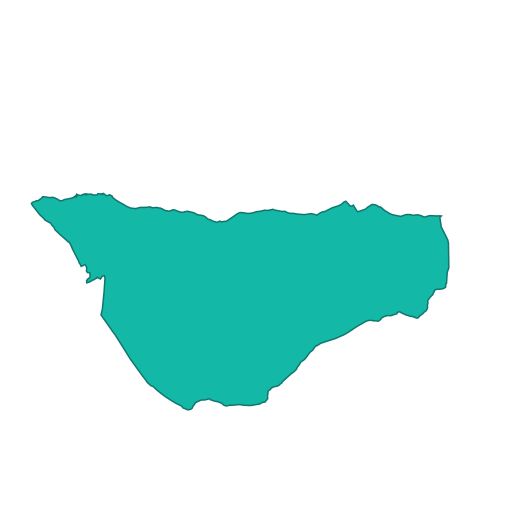 Vlahita, Harghita, Romania (orthographic projection), rotated 67°
{"feature_id": "2599482B50254025578700", "entity_name": "Vlahita", "entity_type": "district", "adm_level": 2, "iso_a3": "ROU", "parent_name": "Romania", "parent_adm1": "Harghita", "projection": "orthographic", "projection_center": [25.586, 46.382], "detail": "fine", "context": "isolated", "style": "filled", "palette": "teal", "viewbox_px": 512, "rotation_deg": 67, "n_neighbors": 0, "source": "geoboundaries", "source_scale": "gbopen_adm2", "svg_char_len": 6129}
<svg xmlns="http://www.w3.org/2000/svg" viewBox="0 0 512 512"><g transform="rotate(67 256 256)"><path d="M371.0,378.9L371.5,377.0L371.5,376.1L371.5,375.7L371.1,374.1L370.5,373.5L370.0,373.0L369.5,372.5L368.8,370.9L368.6,370.7L368.4,370.6L368.2,370.2L367.8,369.9L367.6,369.3L367.4,368.3L367.2,367.0L367.2,366.2L367.2,365.9L367.2,364.3L367.2,363.5L367.2,363.0L367.2,362.6L367.3,362.3L367.8,361.3L367.9,360.7L368.0,360.5L368.2,360.0L368.4,359.7L368.5,359.4L368.6,358.6L368.9,357.3L369.1,355.7L369.2,354.9L369.4,354.5L369.5,354.4L369.8,354.2L370.2,354.1L370.5,354.1L370.7,353.9L371.4,353.0L372.4,352.0L373.9,350.1L374.3,349.5L375.4,347.9L377.2,346.1L378.1,345.0L380.1,344.3L381.0,343.6L381.3,343.2L382.1,342.5L382.5,341.6L382.7,340.7L382.8,340.0L383.3,338.2L384.3,335.5L384.6,334.7L385.3,332.3L386.1,329.9L386.5,328.9L388.5,325.7L391.3,320.0L391.5,319.4L392.3,316.5L393.0,312.9L393.7,310.4L393.5,309.5L393.4,308.1L393.3,307.3L393.9,305.4L393.9,304.4L393.3,303.5L391.9,301.0L389.4,300.1L386.4,298.3L385.3,297.8L384.9,297.1L384.7,295.9L384.3,294.6L383.8,293.9L383.6,293.3L383.4,292.1L383.4,290.8L383.6,289.4L383.9,288.3L384.1,287.4L384.1,286.4L383.8,284.8L383.4,284.1L383.3,283.3L382.8,281.7L382.1,280.7L381.6,279.8L381.5,279.1L380.8,277.4L379.2,272.8L378.7,271.2L378.2,269.8L377.5,266.6L377.0,265.3L376.5,263.9L375.7,262.5L374.7,261.8L373.8,260.0L373.6,259.6L372.6,258.2L372.1,257.4L371.5,256.9L371.1,256.3L371.0,255.2L370.8,254.7L370.6,253.6L370.4,252.6L370.0,251.5L369.6,250.4L369.3,250.0L368.6,248.9L368.4,248.3L368.0,247.8L366.8,245.9L365.8,244.0L365.5,243.1L365.4,242.7L364.9,240.8L362.0,236.1L362.4,235.6L362.4,235.2L362.2,235.0L362.3,234.6L362.1,234.1L362.2,233.5L361.5,229.9L361.8,229.5L361.8,228.3L361.9,227.8L362.0,225.7L362.1,224.8L363.0,215.1L362.9,210.6L362.9,206.1L362.2,200.4L361.1,194.9L360.2,189.9L359.1,180.4L359.3,177.6L360.0,175.5L361.8,172.7L362.3,171.4L363.8,168.8L363.7,167.8L363.5,167.3L363.3,166.6L363.0,166.0L362.2,164.6L362.1,164.4L362.1,164.0L362.0,163.7L362.0,163.0L361.8,162.3L361.8,161.4L362.0,160.6L362.0,159.8L362.1,159.5L362.0,159.0L362.5,157.6L363.6,155.3L363.8,153.7L363.7,153.3L364.2,149.3L364.1,148.7L363.4,148.2L363.2,147.7L363.2,146.8L363.4,146.0L363.6,145.4L365.6,144.0L365.9,143.6L366.6,143.3L367.2,142.2L367.5,142.1L368.4,141.5L368.7,141.1L368.8,140.9L369.7,140.0L370.2,139.1L371.2,138.3L371.2,138.2L371.8,137.4L372.0,137.1L372.2,136.5L372.4,136.3L372.9,135.8L372.9,135.4L373.6,134.8L373.8,134.5L374.0,134.4L374.4,134.0L374.8,133.3L375.1,133.1L375.5,133.0L376.2,131.7L376.3,131.2L376.1,130.3L375.6,130.0L375.5,129.5L375.0,128.8L375.0,127.7L374.3,125.3L374.3,125.0L373.4,123.3L373.4,123.0L373.2,121.9L372.8,120.7L372.4,120.1L371.2,118.7L370.1,118.1L367.8,117.2L366.8,116.2L364.9,115.7L364.2,115.3L363.8,114.7L363.4,114.0L362.8,113.5L362.6,112.9L362.3,112.2L361.9,111.6L361.6,111.0L361.5,110.5L361.0,109.5L360.8,108.6L360.2,107.9L359.7,107.7L359.2,106.8L358.6,106.2L357.4,104.9L357.2,103.7L357.2,103.1L357.4,102.5L357.5,101.5L358.2,100.7L358.6,98.8L358.6,98.5L358.8,98.1L359.0,97.7L359.1,96.7L359.2,96.4L359.1,95.1L358.8,93.7L358.1,93.2L356.8,92.8L355.4,91.4L355.4,91.2L345.8,86.4L342.2,83.1L319.3,73.8L316.0,73.2L301.7,74.1L292.3,71.7L291.6,69.8L290.9,71.0L289.6,74.4L287.0,79.6L286.6,81.1L285.9,86.1L284.0,87.6L281.5,90.6L280.6,92.8L280.2,95.1L278.0,98.1L276.8,100.8L276.4,103.0L276.1,107.3L271.6,113.9L269.5,116.1L264.4,119.8L259.7,122.1L258.5,124.0L257.3,124.5L255.6,126.1L254.5,127.8L253.8,129.4L254.3,131.1L254.7,134.0L255.7,137.2L255.1,144.5L254.5,145.4L249.2,146.3L247.3,146.4L247.4,148.5L247.1,149.6L240.7,151.9L240.6,153.6L242.0,158.1L241.9,161.8L241.4,167.0L241.6,169.9L241.7,172.0L242.0,174.7L241.4,177.3L241.4,179.7L241.6,181.5L242.3,183.6L238.6,188.5L236.8,195.3L233.5,201.7L231.6,204.5L229.7,208.5L228.4,210.2L226.6,211.4L225.8,212.8L225.1,214.8L223.7,216.8L221.0,220.9L219.6,222.2L218.9,226.4L218.3,228.2L217.2,230.0L216.6,234.1L215.4,238.2L215.0,242.3L214.3,245.2L212.7,248.7L211.4,250.4L209.7,253.8L209.8,256.7L210.7,260.7L212.5,269.9L212.2,270.2L211.2,273.8L210.9,274.8L209.7,275.7L209.8,278.6L206.9,282.3L204.7,283.9L203.0,286.2L201.4,286.6L199.0,288.1L197.4,289.9L196.4,291.8L194.9,294.0L192.9,295.4L191.8,296.5L188.5,300.9L187.8,302.4L187.1,306.4L186.7,307.5L184.5,310.2L181.5,313.2L180.9,314.9L181.0,318.2L180.0,319.6L178.5,322.0L177.7,322.6L175.8,324.1L174.7,325.1L173.6,327.0L172.7,328.0L171.0,332.8L169.6,334.0L169.1,335.2L168.5,337.5L166.4,342.8L166.0,343.5L165.4,348.1L163.6,351.4L163.5,351.6L162.7,352.9L159.5,355.9L156.5,358.0L152.2,361.4L149.6,363.2L147.9,364.1L146.4,365.0L144.7,365.0L142.4,366.8L142.3,369.2L141.6,370.7L139.7,371.3L139.3,373.3L138.7,372.6L138.4,374.2L137.2,376.5L136.9,377.3L137.7,378.4L136.8,380.8L135.9,382.5L134.8,383.2L134.2,385.0L132.4,388.3L133.2,388.2L132.4,389.8L131.7,390.2L131.9,393.4L131.1,394.9L130.5,395.7L129.7,396.4L130.8,397.7L129.5,397.3L131.3,399.9L130.3,399.3L130.8,401.1L130.7,403.2L130.5,403.9L130.3,404.6L130.2,405.9L129.2,410.0L129.2,411.3L129.4,412.4L129.3,413.2L129.0,414.0L128.4,415.0L125.8,416.8L123.6,418.8L122.4,420.5L121.6,423.2L119.4,426.7L118.1,429.1L119.3,431.7L119.4,433.0L120.0,434.8L119.4,436.5L119.3,441.1L119.9,442.2L122.2,442.0L125.8,441.0L128.7,440.2L133.3,439.0L136.9,437.4L139.7,436.3L140.3,436.3L143.6,433.8L145.0,432.5L146.7,432.0L148.4,431.7L150.7,430.8L153.5,430.7L159.7,428.0L167.6,424.2L168.9,423.8L169.6,423.1L170.1,422.7L170.4,422.9L171.1,422.4L173.0,422.2L178.1,422.2L188.1,421.5L190.1,421.3L193.6,421.4L195.3,421.0L197.2,421.0L197.1,420.2L197.4,419.4L197.0,418.2L197.2,416.8L199.4,416.2L201.6,416.8L203.7,418.0L205.4,417.6L206.3,415.8L207.3,415.7L209.8,416.6L210.6,416.9L211.3,419.0L211.5,420.1L212.6,421.6L214.6,422.3L214.9,418.9L214.5,416.5L214.4,415.2L214.5,413.9L214.1,412.7L214.1,411.5L213.6,410.5L216.4,408.2L214.7,405.8L214.6,403.9L214.9,403.4L217.1,403.5L230.1,410.1L245.4,418.5L249.6,421.7L271.7,417.0L273.3,416.5L302.0,411.9L322.6,407.2L326.2,406.2L330.1,405.4L334.2,403.5L336.0,401.6L339.7,400.1L345.8,396.9L350.5,394.1L356.4,390.1L360.6,387.0L364.8,383.4L365.5,383.0L367.4,382.5L369.0,380.8L370.4,379.4L371.0,378.9Z" fill="#14b8a6" stroke="#0f766e" stroke-width="1.5"/></g></svg>